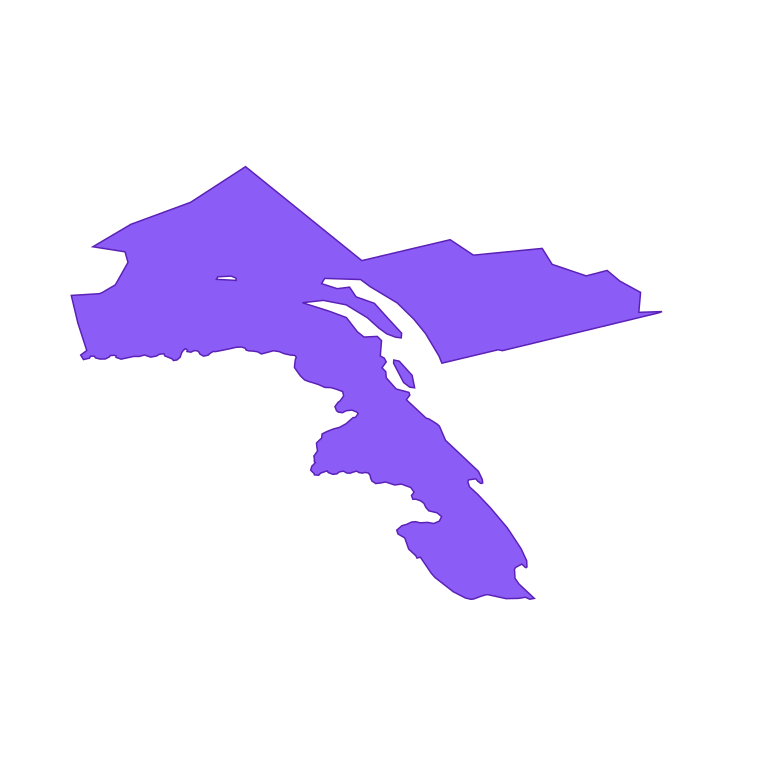 the district of Haines, Alaska, United States of America, rotated 346°
{"feature_id": "52423323B20306178640915", "entity_name": "Haines", "entity_type": "district", "adm_level": 2, "iso_a3": "USA", "parent_name": "United States of America", "parent_adm1": "Alaska", "projection": "equal_earth", "projection_center": [-135.589, 58.96], "detail": "fine", "context": "isolated", "style": "filled", "palette": "violet", "viewbox_px": 768, "rotation_deg": 346, "n_neighbors": 0, "source": "geoboundaries", "source_scale": "gbopen_adm2", "svg_char_len": 3507}
<svg xmlns="http://www.w3.org/2000/svg" viewBox="0 0 768 768"><g transform="rotate(346 384 384)"><path d="M302.2,139.6L240.3,160.9L177.1,167.8L134.7,180.4L164.7,193.1L165.0,204.1L147.3,222.8L132.3,227.2L129.6,227.5L102.0,222.4L101.7,250.6L103.7,279.6L96.7,282.5L98.3,287.6L104.4,287.7L106.1,286.0L109.6,286.9L110.4,288.9L114.5,291.1L119.8,292.3L124.3,291.2L125.2,290.1L127.1,290.6L128.9,290.7L131.0,292.1L130.4,293.3L134.9,296.3L141.4,296.5L147.8,296.7L153.3,298.1L158.6,297.9L164.2,301.5L170.1,301.8L173.3,300.8L177.8,301.4L178.1,303.7L184.2,308.1L185.4,310.3L189.0,310.6L192.7,308.7L195.4,304.5L197.4,302.9L199.7,301.7L200.6,302.4L201.5,303.8L200.7,304.8L204.3,306.4L208.0,305.7L210.9,306.7L212.1,308.2L212.6,310.4L215.6,313.3L220.3,313.5L223.1,312.0L226.2,311.1L228.4,311.8L233.4,312.1L243.0,312.5L249.3,312.6L254.9,313.7L258.1,315.9L258.4,317.7L261.0,319.2L264.9,320.4L269.2,322.2L272.3,325.2L279.5,325.1L284.7,325.0L290.1,327.2L294.6,330.5L300.5,333.4L304.3,334.6L305.4,336.8L304.0,338.6L302.2,343.1L301.1,346.4L304.8,355.8L307.9,360.8L311.1,363.1L316.0,366.0L320.5,368.8L325.8,373.0L331.7,374.7L336.1,377.3L342.0,381.3L342.0,385.8L337.3,389.8L335.1,390.6L330.9,394.1L331.5,398.5L332.9,400.2L336.7,401.8L340.9,400.8L346.6,401.6L350.9,404.7L351.7,406.5L348.3,409.5L345.8,409.1L337.5,413.4L330.4,415.3L323.9,415.4L317.0,416.3L311.8,417.5L310.5,421.3L304.2,424.9L303.6,429.1L303.3,432.9L298.5,437.0L298.4,439.5L297.6,442.6L298.4,443.6L296.6,444.8L294.1,446.3L292.0,449.9L294.5,454.0L294.5,455.4L298.6,456.7L300.8,455.2L307.8,454.5L308.5,456.5L312.6,459.3L316.5,459.8L319.4,458.5L323.7,458.8L326.2,461.3L329.5,462.4L331.3,462.1L336.3,461.9L338.5,464.0L341.7,465.3L343.5,465.1L347.1,466.4L348.4,469.0L348.3,472.6L348.8,475.2L351.9,478.6L357.7,479.3L361.7,479.4L365.2,481.6L370.0,484.6L376.6,485.3L381.2,488.4L384.9,490.9L387.0,496.3L383.7,498.8L384.1,502.8L387.1,503.5L391.4,506.3L393.9,509.5L394.7,513.8L396.8,517.9L404.3,521.8L407.8,526.6L404.5,530.4L398.6,531.4L392.8,528.8L385.7,527.5L381.2,525.2L377.5,524.6L371.7,525.7L367.1,525.8L361.0,528.9L361.3,532.9L366.9,538.4L368.0,550.2L373.3,558.3L373.9,560.9L377.4,560.9L384.1,579.1L386.7,584.1L400.9,602.3L411.2,611.3L416.2,613.9L419.0,614.3L427.1,613.4L432.2,613.2L434.2,613.7L450.5,621.8L462.8,624.6L469.5,625.1L473.4,628.1L478.0,628.4L466.5,610.6L464.1,604.2L465.8,595.3L467.3,593.8L474.2,592.1L476.7,596.1L477.7,596.6L478.5,596.0L479.7,590.0L477.2,577.1L468.9,553.5L457.3,529.9L448.3,513.9L442.1,504.4L441.7,499.2L442.8,497.5L450.1,498.2L451.5,501.1L453.7,503.7L454.6,504.1L455.8,503.9L456.3,500.6L454.5,491.6L430.1,453.6L427.6,438.4L426.0,435.9L419.3,428.9L416.6,427.3L401.9,404.7L406.4,401.0L406.2,398.2L394.6,391.8L387.7,378.5L388.7,372.5L386.0,367.8L391.5,363.1L390.5,358.9L387.2,355.9L392.1,341.3L389.0,336.2L376.0,333.6L370.8,326.9L363.6,310.5L348.6,300.2L324.5,285.4L345.4,288.2L366.4,298.0L383.9,315.7L392.6,328.6L398.8,336.0L406.6,341.4L411.9,343.4L413.4,339.0L403.9,321.6L394.2,303.4L378.0,292.7L374.0,281.7L361.7,280.2L347.7,271.5L352.0,267.2L386.6,277.0L394.1,286.2L416.4,308.5L428.6,328.3L436.5,345.1L444.1,370.2L445.2,377.8L503.0,378.4L507.0,380.3L667.9,381.4L671.3,381.0L648.6,376.1L655.1,357.2L637.7,341.2L628.0,327.8L606.3,328.0L576.1,308.6L570.3,290.7L501.9,280.6L483.1,260.0L392.3,258.9L302.2,139.6ZM246.7,241.9L248.7,239.8L261.7,242.3L266.0,245.4L265.6,247.7L246.7,241.9ZM399.3,363.1L398.3,366.2L403.4,387.3L408.2,393.3L412.8,395.1L413.4,382.5L404.3,365.5L399.3,363.1Z" fill="#8b5cf6" stroke="#5b21b6" stroke-width="1.5"/></g></svg>